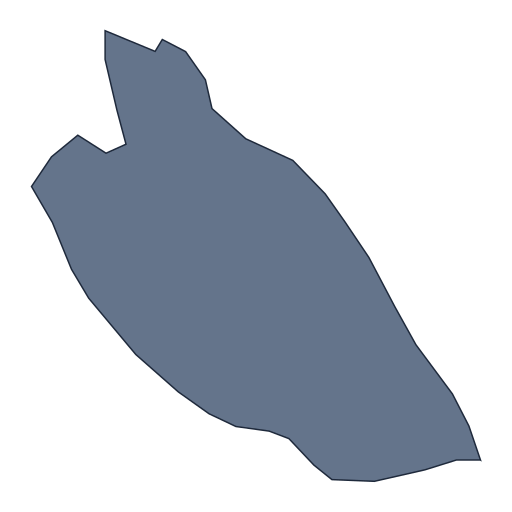 Pano Polemidia, Limassol, Cyprus (Robinson projection)
{"feature_id": "46923920B12019442550554", "entity_name": "Pano Polemidia", "entity_type": "district", "adm_level": 2, "iso_a3": "CYP", "parent_name": "Cyprus", "parent_adm1": "Limassol", "projection": "robinson", "projection_center": [32.992, 34.711], "detail": "fine", "context": "isolated", "style": "filled", "palette": "slate", "viewbox_px": 512, "rotation_deg": 0, "n_neighbors": 0, "source": "geoboundaries", "source_scale": "gbopen_adm2", "svg_char_len": 588}
<svg xmlns="http://www.w3.org/2000/svg" viewBox="0 0 512 512"><path d="M480.5,460.1L468.9,426.0L452.4,393.9L415.9,344.7L394.8,306.7L368.9,257.5L345.1,222.1L325.2,193.9L292.8,160.4L245.8,138.8L212.0,108.6L205.4,79.8L185.6,51.6L162.3,39.5L155.1,51.4L105.1,30.7L105.1,59.5L116.9,110.0L126.0,144.2L106.0,153.2L77.8,135.2L51.5,156.8L31.5,186.5L52.4,222.5L71.5,269.3L88.7,298.2L135.8,354.5L178.3,391.9L209.1,413.8L235.9,426.5L269.1,431.1L288.9,438.6L313.9,465.1L331.9,479.6L374.4,481.3L425.0,469.8L456.4,460.0L480.3,460.0L480.5,460.1Z" fill="#64748b" stroke="#1e293b" stroke-width="1.5"/></svg>